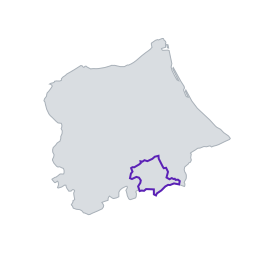 location of Dix-Huit Montagnes within Ivory Coast, rotated 247°
{"feature_id": "CIV-3441", "entity_name": "Dix-Huit Montagnes", "entity_type": "Department", "adm_level": 1, "iso_a3": "CIV", "parent_name": "Ivory Coast", "parent_adm1": "", "projection": "robinson", "projection_center": [-7.745, 7.377], "detail": "coarse", "context": "in_parent", "style": "outline", "palette": "violet", "viewbox_px": 256, "rotation_deg": 247, "n_neighbors": 0, "source": "natural_earth", "source_scale": "10m", "svg_char_len": 4029}
<svg xmlns="http://www.w3.org/2000/svg" viewBox="0 0 256 256"><g transform="rotate(247 128 128)"><path d="M67.4,53.8L68.1,53.7L70.0,53.1L71.7,51.7L73.4,48.7L75.6,46.3L78.0,46.4L78.7,46.0L79.6,45.9L80.6,47.5L81.7,48.7L82.4,48.7L83.0,51.0L87.5,52.0L89.4,52.6L91.0,54.3L91.6,54.3L92.3,53.9L92.8,53.4L92.9,52.7L92.2,51.2L92.5,49.9L93.2,48.7L94.4,48.6L96.1,48.2L98.1,48.2L99.6,48.5L100.2,47.3L99.6,43.9L99.8,42.0L100.0,40.4L100.6,39.8L102.8,41.8L104.8,42.5L106.3,42.5L106.7,42.2L106.1,40.0L106.3,39.3L106.8,39.0L107.8,38.7L110.3,37.9L110.6,38.0L111.1,41.4L110.9,42.6L111.4,44.9L112.1,47.0L112.1,47.9L111.5,49.2L110.9,50.4L110.9,50.9L112.0,51.8L113.9,52.6L116.0,52.8L117.1,51.6L118.3,50.6L119.2,49.7L119.4,48.3L120.7,47.3L124.5,46.1L127.9,45.9L128.7,46.3L130.3,48.2L132.2,49.5L135.2,49.3L137.4,50.1L139.2,51.5L140.5,54.7L141.9,57.0L142.5,60.3L144.7,62.1L146.4,62.8L148.7,65.2L151.1,66.4L153.5,66.2L154.7,67.4L156.5,68.3L158.4,68.4L160.0,65.6L162.1,64.5L167.5,62.3L169.7,61.3L171.8,60.7L177.0,60.5L181.9,61.2L184.3,61.7L185.9,61.3L187.5,62.6L189.1,65.4L190.5,66.2L191.8,67.2L192.8,69.4L194.0,71.5L194.6,72.5L196.1,74.6L197.3,74.6L198.6,73.7L199.1,73.0L199.3,74.4L198.9,76.7L199.0,78.1L199.7,78.6L199.3,80.5L197.9,83.5L197.9,85.4L199.3,85.9L200.3,87.9L200.9,91.2L201.5,92.3L201.6,93.0L202.6,101.0L203.9,109.0L203.1,110.1L202.0,110.4L201.3,110.7L201.1,111.5L201.6,112.6L201.3,113.6L199.9,114.3L196.9,116.8L196.7,117.9L195.9,120.0L195.2,121.4L194.3,123.8L192.7,130.4L192.1,135.8L192.1,137.4L191.5,138.6L190.8,140.3L187.5,144.9L185.9,148.7L186.1,150.3L186.2,152.0L185.7,153.1L185.8,156.3L186.2,159.0L186.8,161.6L189.2,169.1L190.4,173.6L191.2,177.2L191.9,179.7L192.5,180.7L192.8,181.6L196.3,182.3L197.0,182.8L198.0,187.6L197.8,189.7L197.1,190.5L197.1,192.3L197.0,194.6L196.5,195.5L194.5,195.6L193.2,196.4L191.4,196.1L191.2,195.5L190.3,195.3L187.6,194.0L188.1,189.9L186.9,189.8L185.9,190.3L184.1,195.2L183.2,196.1L170.1,193.5L167.3,191.5L163.9,191.0L158.0,191.3L153.1,191.9L151.7,193.1L164.0,192.4L165.4,192.5L166.0,193.3L150.4,194.9L144.5,195.9L142.7,195.6L141.4,194.0L134.9,193.8L133.6,194.4L132.8,195.5L135.3,195.3L139.3,195.2L140.4,196.1L127.9,197.3L119.2,199.5L115.5,201.1L103.3,206.5L95.9,209.1L94.0,210.0L90.6,212.7L86.3,214.3L81.4,217.4L78.5,218.1L77.8,217.1L77.7,211.9L77.3,204.8L77.5,202.1L77.9,199.6L77.9,197.5L79.3,196.7L79.7,195.8L80.0,193.1L81.3,190.6L81.4,186.3L81.8,185.4L82.1,184.2L81.5,181.4L80.7,176.0L80.3,175.6L80.0,175.9L79.2,176.0L76.2,174.1L73.8,173.8L72.2,172.2L72.1,170.4L71.3,169.3L70.7,167.3L69.9,164.9L67.6,163.4L65.4,163.1L63.8,163.4L62.0,163.3L60.0,162.5L58.5,161.6L57.2,159.8L55.9,158.4L54.9,158.6L53.7,158.3L52.5,157.6L52.1,157.1L57.1,151.6L58.8,148.8L59.0,147.2L59.0,145.5L59.6,143.7L59.7,141.1L56.9,131.6L56.2,128.6L55.5,127.7L55.0,127.4L56.4,126.2L58.4,126.5L61.3,127.5L62.0,126.5L64.2,121.7L64.2,119.9L64.0,118.7L65.3,115.4L66.3,114.1L66.9,112.7L66.7,110.8L65.9,110.1L64.9,110.3L63.6,109.8L61.7,108.7L60.7,107.7L61.0,103.4L61.2,102.0L61.9,101.3L62.9,101.0L65.9,100.9L68.3,101.4L70.4,101.7L71.5,101.7L72.4,103.0L73.6,104.3L74.7,104.3L75.1,103.3L74.8,99.0L74.1,96.7L72.5,94.5L68.3,92.7L68.2,90.0L68.7,87.2L69.6,86.2L72.6,84.3L72.1,83.4L71.1,82.3L69.2,81.3L69.6,77.9L69.7,74.9L68.1,75.2L66.4,75.4L64.9,74.5L63.7,72.6L63.5,67.5L63.5,61.7L63.3,59.1L63.7,57.7L65.2,56.4L66.8,54.8L67.4,53.8ZM189.7,196.2L189.0,197.3L185.7,196.6L186.5,195.6L189.7,196.2Z" fill="#d9dde1" stroke="#a8b0b8" stroke-width="1"/><path d="M65.4,114.1L70.3,114.5L72.7,117.9L74.8,119.3L78.0,118.7L79.7,116.6L79.5,111.7L81.0,110.2L84.9,112.9L86.1,115.1L89.9,115.2L90.2,116.7L89.4,118.5L90.1,124.0L90.7,126.0L92.5,126.5L91.4,128.0L91.9,130.6L89.9,132.9L90.1,138.4L91.1,141.4L90.5,145.2L87.8,144.3L78.6,144.9L77.0,145.2L76.5,147.5L72.0,147.7L67.4,144.1L64.6,146.2L64.8,148.7L63.3,149.9L63.0,151.2L61.7,151.5L60.9,153.8L58.9,154.9L56.1,153.0L59.0,148.7L59.1,144.3L60.0,142.7L59.6,139.3L57.5,134.3L56.5,129.0L55.0,127.4L56.8,125.9L61.4,127.8L64.7,120.8L63.9,118.2L65.1,116.1L65.4,114.1Z" fill="none" stroke="#5b21b6" stroke-width="2"/></g></svg>